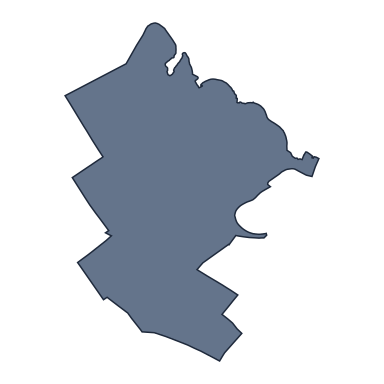 Comuna 13, Ciudad de Buenos Aires, Argentina
{"feature_id": "61730980B46645672865610", "entity_name": "Comuna 13", "entity_type": "district", "adm_level": 2, "iso_a3": "ARG", "parent_name": "Argentina", "parent_adm1": "Ciudad de Buenos Aires", "projection": "mercator", "projection_center": [-58.447, -34.555], "detail": "fine", "context": "isolated", "style": "filled", "palette": "slate", "viewbox_px": 384, "rotation_deg": 0, "n_neighbors": 0, "source": "geoboundaries", "source_scale": "gbopen_adm2", "svg_char_len": 5873}
<svg xmlns="http://www.w3.org/2000/svg" viewBox="0 0 384 384"><path d="M65.1,95.7L69.9,103.4L83.8,126.3L86.6,130.7L92.0,139.7L94.4,143.5L98.4,149.8L99.8,151.9L100.7,153.3L101.2,154.1L102.8,156.5L103.0,156.8L102.1,157.6L97.5,160.6L76.6,174.7L72.3,177.6L80.7,190.8L85.0,197.6L89.8,205.0L95.8,213.3L99.4,218.0L108.7,230.6L105.5,232.8L109.3,234.8L111.4,235.8L106.2,240.5L105.7,240.9L90.9,252.6L87.4,255.3L82.2,259.1L77.6,262.5L80.5,266.6L92.1,283.3L103.5,299.7L107.1,297.3L113.6,302.3L118.7,306.2L126.8,312.3L127.6,312.8L131.6,318.4L140.6,329.8L142.1,331.9L142.7,331.9L154.3,332.7L165.8,336.5L187.4,344.9L194.3,348.2L196.3,349.1L200.8,351.1L219.6,361.0L222.9,355.5L224.6,352.8L241.8,333.4L237.1,328.9L232.6,323.1L228.1,319.2L222.0,314.4L229.6,305.1L233.1,300.7L237.8,295.0L230.6,290.2L226.9,287.9L223.6,285.8L222.7,285.2L208.6,276.8L206.9,275.8L199.0,270.9L197.0,269.6L202.9,262.8L211.7,256.5L223.6,248.0L228.6,244.4L229.0,244.8L231.8,241.0L234.9,236.8L235.8,235.5L238.9,236.1L243.6,236.8L249.2,237.5L254.6,237.8L259.0,238.1L262.0,237.9L264.0,237.9L266.3,235.6L266.7,235.2L266.2,233.4L265.9,233.5L265.4,233.6L264.7,233.7L264.1,233.8L263.6,233.9L263.2,233.9L262.7,234.0L262.4,234.0L262.0,234.1L261.4,234.1L261.0,234.2L260.5,234.2L260.0,234.2L259.6,234.3L259.3,234.3L258.9,234.3L258.4,234.3L258.1,234.2L257.8,234.2L257.3,234.2L256.7,234.1L256.1,234.1L255.7,234.0L255.2,234.0L254.8,233.9L253.0,233.7L251.4,233.2L250.1,232.8L249.0,232.4L247.9,231.9L246.7,231.3L245.2,230.4L244.1,229.7L243.0,228.9L242.0,228.1L240.6,226.8L239.9,226.1L239.1,225.3L238.3,224.4L237.3,223.1L236.8,222.2L236.4,221.3L235.9,220.0L235.5,218.7L235.3,217.8L235.1,217.0L234.9,216.5L234.7,215.7L234.7,215.3L234.9,214.2L235.3,212.6L235.7,211.3L236.3,210.2L237.0,209.2L238.1,207.9L239.3,206.7L240.7,205.5L242.3,204.5L243.7,203.7L245.6,202.7L247.3,201.9L249.6,201.1L251.4,200.4L252.8,199.8L253.7,199.1L254.6,198.4L255.7,197.4L256.8,196.2L257.7,195.2L258.5,194.5L259.9,193.1L261.2,192.1L262.5,191.2L263.8,190.5L264.4,190.1L265.1,189.7L270.4,186.7L267.7,184.5L267.8,182.9L268.9,181.3L279.1,174.2L281.5,172.1L282.3,171.6L285.7,169.8L287.3,169.3L291.8,168.7L293.5,168.8L294.8,169.1L296.6,170.0L298.0,170.8L305.8,174.9L306.5,175.2L312.0,176.5L315.3,166.8L318.9,158.6L316.2,157.2L314.0,156.7L313.3,158.1L312.8,158.0L312.0,157.8L312.0,157.4L312.2,156.9L312.3,156.3L312.3,156.0L311.9,155.7L309.6,153.9L307.1,152.2L306.3,152.1L306.0,151.9L305.6,152.2L305.4,152.6L304.4,154.3L304.2,154.8L303.9,154.9L302.1,159.6L300.0,158.9L298.1,159.4L297.0,158.1L295.2,158.3L292.3,156.3L290.6,152.7L287.0,150.3L286.8,146.1L286.9,144.8L287.0,142.8L286.9,141.8L286.7,140.6L286.5,139.7L286.3,139.0L286.2,138.2L285.7,136.3L284.9,134.3L284.4,133.0L283.7,131.9L283.3,130.8L282.7,130.2L280.9,128.3L279.7,127.0L278.9,126.4L277.4,125.3L275.8,124.2L273.5,122.7L271.9,121.8L271.0,121.2L270.0,120.5L269.0,119.8L267.9,118.7L267.4,117.9L267.0,117.2L266.8,116.6L266.6,115.8L266.2,114.6L265.8,113.6L265.4,112.5L265.0,111.4L264.4,110.3L263.8,109.2L263.3,108.6L260.8,106.1L259.3,105.1L258.1,104.4L256.8,103.9L255.7,103.5L254.6,103.2L254.1,103.0L253.5,102.5L253.2,102.2L252.8,102.4L252.5,102.8L252.1,102.8L250.8,102.6L249.4,102.7L247.8,102.8L246.4,103.3L245.5,103.7L244.5,103.6L244.1,103.3L243.7,103.3L242.8,103.3L241.9,103.0L241.0,102.3L240.6,102.1L240.1,102.1L239.7,102.2L239.6,102.5L239.4,102.8L237.5,102.8L237.2,102.6L236.9,102.3L237.0,101.8L237.2,99.9L237.3,99.2L237.2,98.4L236.6,98.3L236.2,98.2L236.2,97.5L236.3,96.9L236.3,96.4L236.3,95.6L235.9,94.9L235.2,94.3L234.8,93.9L234.4,93.3L234.0,91.9L233.8,91.2L233.4,90.9L232.8,90.9L232.5,90.3L232.1,89.4L231.6,88.5L231.0,87.7L230.5,87.1L229.8,86.6L228.4,85.0L227.6,84.2L226.7,83.4L226.0,82.8L224.2,82.0L223.7,81.6L222.4,80.9L221.4,80.5L220.8,80.4L219.5,80.1L218.8,80.0L217.9,79.8L216.7,79.6L215.8,79.3L215.1,79.3L214.1,79.1L213.3,79.1L212.2,79.1L211.1,79.2L210.2,79.4L209.6,79.6L208.9,79.8L208.1,80.2L207.1,80.6L205.9,81.1L205.4,81.3L204.9,81.6L204.1,82.1L203.0,82.6L202.3,83.3L201.8,83.8L201.0,84.5L200.9,84.8L200.9,85.5L201.6,85.6L202.1,85.6L202.3,85.9L202.1,86.2L201.3,86.7L200.6,87.0L200.0,87.3L199.4,87.7L198.9,87.7L198.7,87.5L198.5,87.0L198.4,86.7L198.3,86.4L198.0,85.9L197.7,85.6L197.3,85.1L196.9,84.6L196.6,84.0L196.3,83.5L195.9,82.7L195.6,82.3L195.4,81.8L195.2,81.3L195.4,80.5L195.7,80.3L196.4,79.9L197.1,79.3L197.7,78.8L198.1,78.0L198.1,77.7L197.8,77.2L197.6,76.8L197.2,76.6L192.5,74.2L192.5,73.2L192.4,72.1L192.2,70.8L191.7,68.6L191.3,67.2L190.6,66.0L190.2,65.0L189.6,64.2L189.3,62.2L189.0,61.4L189.0,60.5L188.9,59.5L188.7,58.4L188.4,57.9L188.0,57.1L187.1,56.0L186.8,55.4L186.0,53.8L185.4,53.0L184.9,52.7L183.9,52.7L183.0,53.1L182.5,53.6L182.4,54.2L182.4,54.7L182.6,55.2L182.8,55.8L182.5,56.4L182.2,57.3L182.0,58.0L181.3,58.8L181.1,59.3L180.3,60.4L179.7,61.6L179.2,62.2L178.2,63.2L177.3,64.5L176.7,65.5L176.2,65.9L175.8,66.4L175.3,67.3L174.7,67.7L174.2,68.7L173.9,69.6L173.6,70.1L173.8,70.7L174.1,71.2L174.0,71.9L173.5,72.3L173.0,73.2L172.4,74.2L171.9,74.5L170.9,75.2L169.9,75.7L167.9,74.6L167.8,74.2L167.6,73.4L167.4,73.0L167.2,72.1L167.0,71.6L167.2,71.1L167.6,70.5L167.6,69.7L167.6,68.3L167.4,67.7L167.1,67.4L166.6,66.9L166.4,66.8L165.9,66.4L165.5,65.7L165.3,65.0L165.2,64.1L165.4,63.4L165.9,63.0L166.2,62.7L166.8,62.2L167.2,61.8L167.7,61.3L168.3,61.0L168.7,60.7L169.3,60.4L169.6,59.9L170.0,59.5L170.9,59.0L171.2,58.4L171.8,58.0L172.5,57.9L173.2,57.8L173.7,57.6L174.0,57.2L174.0,56.7L174.1,55.9L174.3,55.5L174.6,54.9L175.4,54.0L175.9,53.1L175.9,51.9L175.9,51.2L176.0,50.1L176.0,49.0L175.9,47.7L175.9,46.3L175.8,45.6L175.7,45.1L175.4,44.4L172.4,39.6L165.3,29.6L164.9,28.8L164.3,28.2L163.5,27.6L161.8,26.3L160.5,25.4L159.5,24.6L158.8,24.2L157.5,23.6L156.1,23.2L155.5,23.0L154.1,23.1L153.3,23.3L152.3,23.6L151.2,23.9L150.4,24.4L149.2,25.3L148.3,25.8L147.8,26.1L145.9,28.9L145.2,30.5L142.9,35.2L136.7,45.1L126.1,63.8L125.7,64.0L65.1,95.7Z" fill="#64748b" stroke="#1e293b" stroke-width="1.5"/></svg>